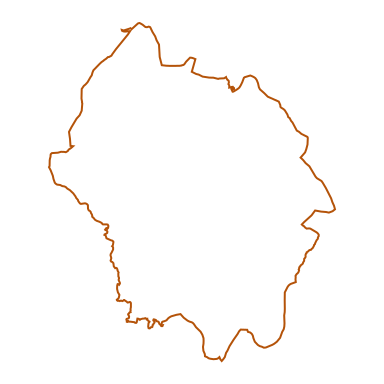 outline of Antsirabe I, Vakinankaratra, Madagascar
{"feature_id": "10022922B38771191417556", "entity_name": "Antsirabe I", "entity_type": "district", "adm_level": 2, "iso_a3": "MDG", "parent_name": "Madagascar", "parent_adm1": "Vakinankaratra", "projection": "robinson", "projection_center": [47.02, -19.882], "detail": "fine", "context": "isolated", "style": "outline", "palette": "amber", "viewbox_px": 384, "rotation_deg": 0, "n_neighbors": 0, "source": "geoboundaries", "source_scale": "gbopen_adm2", "svg_char_len": 5946}
<svg xmlns="http://www.w3.org/2000/svg" viewBox="0 0 384 384"><path d="M140.2,23.3L139.4,23.0L138.0,23.4L131.6,29.2L130.5,28.2L129.6,28.6L123.6,30.5L121.8,29.9L122.0,30.7L123.4,31.4L125.0,31.6L130.1,31.1L127.9,34.5L116.0,49.1L112.5,53.9L111.4,55.7L109.0,57.0L107.9,57.1L106.2,58.7L104.1,60.1L103.5,60.7L101.5,62.1L99.8,63.7L93.4,70.3L92.5,72.5L91.7,75.4L90.5,77.1L88.1,81.3L87.5,82.3L85.5,84.5L83.8,85.9L81.7,89.0L81.5,98.6L82.1,102.1L82.0,102.7L82.3,103.4L81.7,110.7L79.6,115.3L76.6,118.6L71.4,127.3L69.0,131.9L70.0,138.9L70.5,145.9L73.1,146.2L71.3,147.8L68.7,149.6L67.7,151.1L65.8,152.2L64.2,151.9L61.0,151.8L57.9,152.7L51.9,153.1L50.8,154.1L50.6,154.8L50.5,156.8L50.0,158.5L49.7,160.3L49.6,165.6L49.5,166.3L49.0,167.1L50.7,170.4L52.8,175.7L53.5,179.0L54.8,182.7L55.7,183.7L57.1,184.6L60.2,185.0L62.3,186.1L64.3,186.4L65.7,187.0L67.3,188.6L69.8,190.1L73.3,193.4L75.6,196.6L76.1,197.8L77.9,199.9L78.3,201.2L79.9,203.4L80.9,203.9L85.0,203.3L86.3,203.7L87.2,204.3L87.9,205.2L88.0,208.6L88.4,209.7L88.8,210.4L89.9,211.0L90.7,211.9L90.9,212.9L91.9,214.5L92.3,216.1L92.2,216.7L94.1,218.5L94.5,219.2L95.2,219.9L96.7,220.8L99.5,221.8L100.7,222.4L101.7,223.0L102.5,224.1L103.0,224.4L106.7,224.4L107.7,224.6L108.0,225.1L108.4,226.0L108.1,227.9L107.6,228.5L107.2,227.9L106.2,228.2L105.1,229.7L105.5,230.1L106.4,230.3L107.2,231.2L107.4,231.7L107.2,232.9L106.3,233.6L104.6,234.4L104.4,234.9L105.4,235.3L105.8,236.0L106.5,238.3L111.0,240.3L112.2,240.6L113.3,241.5L113.4,242.1L113.0,244.6L112.7,245.6L112.1,246.2L112.9,247.0L113.1,247.5L113.1,249.5L111.7,252.4L110.7,254.1L110.5,255.2L111.3,258.1L110.6,260.7L111.2,261.6L112.3,262.0L113.4,263.2L113.8,266.4L115.2,268.2L116.1,267.9L116.9,268.3L117.4,269.5L117.6,270.7L118.6,272.5L118.3,273.5L118.4,276.6L118.9,277.4L119.0,278.6L118.7,279.3L118.7,280.2L119.9,282.9L119.9,283.6L119.1,284.8L118.5,284.2L117.9,284.0L117.6,284.1L117.2,285.6L117.1,288.0L117.1,289.0L117.9,292.3L119.4,294.9L118.8,297.8L117.9,298.9L116.8,299.7L116.9,300.2L117.6,300.8L119.3,300.8L119.8,301.1L120.9,300.6L121.4,300.7L122.2,301.1L123.0,300.8L123.9,300.0L124.3,300.0L125.4,300.9L126.5,301.5L127.5,302.5L128.1,302.5L129.8,302.0L130.2,302.1L130.7,302.6L130.9,303.3L130.9,307.1L130.5,309.2L130.7,310.2L130.4,311.2L130.6,312.2L129.5,312.5L129.2,312.8L128.9,313.6L128.1,314.2L128.2,314.7L129.1,316.2L129.0,317.8L128.5,318.3L126.7,318.9L126.4,319.3L126.4,319.8L126.7,320.4L126.8,321.8L127.3,321.9L127.8,321.0L128.2,320.9L128.8,321.7L130.6,321.7L134.4,322.2L135.1,322.8L136.1,322.9L136.6,322.5L136.8,322.0L136.8,321.1L137.3,320.5L137.2,319.4L137.4,318.6L138.2,318.7L139.1,319.0L139.9,319.8L140.6,319.2L142.8,318.6L144.2,318.6L144.7,318.3L145.4,318.2L145.7,318.6L147.2,318.7L147.0,319.7L147.7,320.0L148.4,321.0L149.5,321.6L149.3,322.2L148.5,323.1L148.2,326.6L148.6,328.2L149.5,328.4L149.9,328.3L150.8,327.3L152.1,327.1L152.4,326.8L152.6,325.1L153.3,324.6L153.5,323.7L154.5,322.6L154.6,322.0L154.4,321.3L153.6,320.8L153.3,320.4L153.5,319.5L153.8,319.3L155.4,319.8L156.1,320.2L156.7,321.2L158.4,321.7L158.7,322.0L159.3,323.8L160.5,324.9L161.2,326.0L162.0,326.2L162.5,326.0L162.8,325.2L162.2,325.3L161.6,324.8L161.5,324.2L162.0,322.2L162.8,321.6L164.4,321.2L166.5,320.3L168.2,318.3L169.5,317.3L171.3,316.3L176.5,314.8L180.5,314.1L183.7,317.7L187.5,320.6L189.5,321.6L191.8,322.3L192.9,323.0L193.9,324.1L196.0,327.2L200.6,331.7L202.4,334.8L203.5,338.2L203.6,340.8L203.5,343.7L203.0,346.9L203.4,350.8L204.8,354.0L205.0,356.3L207.2,357.2L208.5,358.2L210.1,358.7L213.5,359.2L216.8,358.9L218.1,358.3L219.4,357.1L220.4,359.4L221.7,361.0L223.2,359.3L224.8,357.1L226.1,352.8L227.5,350.6L229.5,346.2L233.6,339.7L237.6,334.0L239.1,331.3L240.7,329.6L247.2,329.8L248.0,331.9L250.0,332.4L251.3,333.4L252.1,334.3L252.9,335.9L253.4,338.1L254.8,341.7L257.8,344.9L259.7,346.1L261.8,346.7L263.9,347.7L265.9,347.5L272.4,344.8L274.3,343.7L276.9,341.7L280.1,337.8L282.2,331.9L283.7,329.3L284.3,326.6L284.5,323.4L284.2,315.4L284.7,312.1L284.8,308.9L284.7,300.1L284.8,292.4L287.6,286.9L288.7,285.4L290.1,284.3L290.8,283.9L295.8,282.1L295.5,279.4L295.7,277.0L295.5,276.0L295.7,275.5L296.7,274.0L297.7,273.2L298.5,272.1L299.1,270.2L298.7,269.5L299.2,268.4L299.2,267.6L299.6,266.8L300.2,266.5L300.3,265.9L300.9,265.2L302.5,264.0L302.9,263.4L303.1,262.5L304.1,260.9L304.2,258.8L305.2,257.7L305.6,256.8L305.5,255.0L306.0,253.6L306.5,253.3L306.7,252.3L308.0,251.5L309.4,250.1L311.0,249.8L311.7,248.8L312.4,248.4L312.8,247.9L314.0,245.7L314.0,245.1L315.0,244.0L315.1,243.3L316.6,240.2L317.6,239.1L317.9,238.5L317.9,237.4L318.7,236.1L318.7,234.7L317.9,233.5L316.7,232.4L310.3,228.6L309.1,228.4L306.6,228.6L305.0,227.4L304.0,226.2L302.8,225.5L301.8,224.5L304.0,222.2L311.6,215.3L315.1,210.5L321.1,211.6L326.0,212.0L328.9,212.6L332.6,211.2L335.0,209.3L334.0,205.7L332.4,202.2L331.1,198.3L325.9,188.1L322.7,182.7L321.5,181.0L316.9,178.2L315.5,176.6L309.4,166.3L305.6,163.1L303.1,160.0L300.6,157.6L305.1,152.4L306.3,149.1L307.5,144.5L307.8,137.9L307.4,136.9L301.4,133.9L299.0,131.8L296.8,130.6L292.5,122.5L291.1,120.9L289.6,118.0L288.3,117.2L287.4,114.5L284.8,110.3L283.5,109.1L281.1,107.6L280.4,106.8L280.3,105.1L278.8,101.6L267.8,96.7L264.2,93.1L260.0,89.4L258.9,87.3L258.0,83.2L256.7,80.0L255.3,78.1L254.2,77.3L252.5,76.4L250.3,75.5L244.7,77.2L243.9,77.8L242.3,82.1L240.7,85.4L239.4,87.5L238.3,88.5L236.4,89.8L233.4,91.6L232.6,91.7L231.3,88.9L231.4,88.6L233.0,89.1L233.7,89.1L234.0,88.9L234.1,88.5L233.9,87.9L233.4,87.7L232.8,86.8L231.5,87.0L229.2,87.6L229.3,85.8L229.1,85.1L228.4,84.1L228.9,82.5L228.7,80.9L228.1,80.2L227.4,79.8L226.1,77.6L226.0,77.1L224.1,78.3L219.8,78.5L219.0,78.6L218.2,78.9L213.4,77.7L209.2,77.6L202.6,76.6L198.7,74.6L196.2,74.0L191.8,71.8L195.4,59.1L192.6,58.0L191.1,57.7L190.0,57.7L186.1,61.7L184.3,64.3L183.3,65.0L182.1,65.2L181.7,65.5L179.5,65.8L170.3,65.9L166.0,65.7L161.8,65.2L159.7,57.0L159.0,44.6L156.6,40.3L155.2,36.4L152.5,32.0L150.2,27.2L148.8,26.6L147.0,27.2L145.4,27.0L142.6,24.7L140.2,23.3Z" fill="none" stroke="#b45309" stroke-width="2"/></svg>